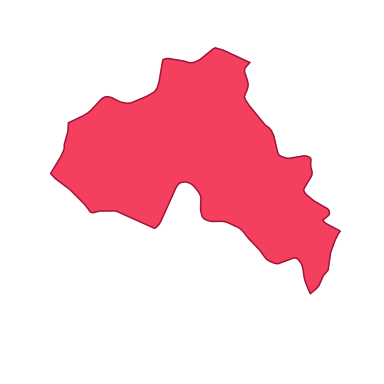 SVG path tracing the border of Béja, rotated 161°
{"feature_id": "TUN-103", "entity_name": "Béja", "entity_type": "Governorate", "adm_level": 1, "iso_a3": "TUN", "parent_name": "Tunisia", "parent_adm1": "", "projection": "mercator", "projection_center": [9.232, 36.761], "detail": "fine", "context": "isolated", "style": "filled", "palette": "rose", "viewbox_px": 384, "rotation_deg": 161, "n_neighbors": 0, "source": "natural_earth", "source_scale": "10m", "svg_char_len": 2232}
<svg xmlns="http://www.w3.org/2000/svg" viewBox="0 0 384 384"><g transform="rotate(161 192 192)"><path d="M64.3,106.6L66.4,105.6L72.3,99.9L80.5,89.8L88.7,73.9L92.3,71.6L94.9,70.3L102.3,62.3L105.1,60.5L113.1,57.3L113.5,58.8L114.1,70.2L113.7,75.3L112.2,82.5L111.8,87.1L112.1,89.0L112.6,91.0L113.7,93.9L114.8,95.3L116.1,96.2L117.3,96.5L133.9,96.1L135.5,96.8L137.5,98.0L140.8,100.9L142.3,102.7L143.5,104.4L144.5,107.0L147.0,115.2L153.5,129.3L156.9,138.9L158.3,141.3L159.6,143.2L168.4,151.6L170.9,153.3L173.4,154.6L183.0,157.7L186.1,159.7L188.8,162.0L189.7,163.6L190.3,165.2L190.3,166.6L190.2,169.2L189.8,171.5L189.3,173.5L188.3,176.3L187.7,177.7L187.2,179.2L186.6,180.5L185.1,184.8L185.3,186.9L185.8,189.9L188.0,196.1L189.6,199.1L191.1,201.1L194.6,203.4L195.8,203.9L198.3,204.4L199.4,204.5L200.6,204.4L201.8,204.0L203.1,203.3L205.6,201.4L231.1,174.3L233.6,172.2L236.2,170.7L239.1,169.7L270.1,198.8L285.3,204.0L292.4,204.6L293.9,205.5L294.8,206.5L295.2,207.7L295.8,210.2L297.7,215.6L306.5,233.8L316.9,249.3L319.7,255.5L303.9,268.7L299.1,274.0L298.0,276.5L297.4,278.4L289.6,289.7L286.3,297.7L270.3,299.5L264.4,300.8L260.1,302.6L248.6,308.8L246.2,309.8L244.0,310.2L242.5,310.1L240.8,309.7L238.4,308.3L236.8,307.0L230.9,300.9L228.5,299.2L224.9,297.3L222.4,296.4L219.1,296.2L203.8,297.2L195.9,298.7L193.5,299.8L191.3,301.6L190.3,302.7L187.2,307.1L176.6,326.4L174.4,326.7L171.1,326.1L157.3,318.6L152.5,315.2L150.8,314.5L148.7,314.0L145.1,314.0L141.4,314.6L126.0,320.3L123.2,320.8L116.8,316.4L95.1,295.6L100.1,292.8L101.4,291.8L102.4,290.6L102.9,289.4L103.1,288.3L103.3,278.8L103.8,275.7L104.2,274.4L104.8,273.3L106.5,270.8L110.7,266.1L111.6,264.9L111.3,261.0L109.7,255.0L100.8,231.0L98.7,228.4L97.7,226.4L96.9,224.2L96.4,218.0L98.1,201.4L98.0,199.8L97.5,198.3L96.1,196.6L93.5,194.6L90.7,192.8L89.6,192.3L74.3,189.8L72.9,189.2L71.5,188.3L70.2,187.3L69.2,186.0L68.8,184.6L69.4,182.7L70.0,181.2L70.7,179.8L71.2,178.2L71.6,176.3L71.7,173.3L72.0,171.6L72.6,170.0L73.3,168.8L74.3,167.7L84.1,159.5L85.2,158.3L85.9,157.1L85.6,154.9L84.6,152.1L79.6,143.9L69.5,132.3L68.8,130.8L68.4,129.2L69.1,126.8L70.0,125.8L71.0,125.2L71.7,125.0L76.7,123.1L77.6,122.4L75.8,118.9L64.4,106.6L64.3,106.6Z" fill="#f43f5e" stroke="#9f1239" stroke-width="1.5"/></g></svg>